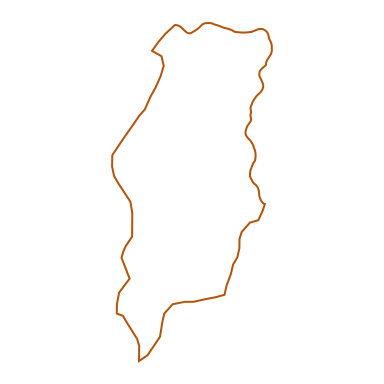 outline of Kyongwon, Hamgyŏng-bukto, North Korea
{"feature_id": "82179303B19451054742324", "entity_name": "Kyongwon", "entity_type": "district", "adm_level": 2, "iso_a3": "PRK", "parent_name": "North Korea", "parent_adm1": "Hamgyŏng-bukto", "projection": "mercator", "projection_center": [130.212, 42.718], "detail": "fine", "context": "isolated", "style": "outline", "palette": "amber", "viewbox_px": 384, "rotation_deg": 0, "n_neighbors": 0, "source": "geoboundaries", "source_scale": "gbopen_adm2", "svg_char_len": 5830}
<svg xmlns="http://www.w3.org/2000/svg" viewBox="0 0 384 384"><path d="M139.0,361.0L147.4,355.4L160.0,336.8L162.2,322.8L164.3,313.5L172.7,304.2L185.1,301.8L193.4,301.8L203.8,299.5L216.2,297.1L224.5,294.8L226.6,285.5L230.9,273.9L233.1,264.5L237.3,257.5L239.4,248.2L239.5,238.9L241.7,231.9L250.0,222.6L258.3,220.2L262.6,210.9L264.9,204.0L264.2,203.8L263.7,203.5L263.2,203.2L262.8,202.9L262.6,202.7L262.0,201.9L261.6,201.5L261.4,201.1L261.2,200.7L260.7,199.7L260.4,199.2L260.2,198.7L260.1,198.2L259.8,197.7L259.7,197.2L259.5,196.7L259.4,196.2L259.3,195.8L259.2,195.1L259.1,193.3L258.9,191.7L258.9,191.1L258.7,190.5L258.6,190.0L258.5,189.6L258.4,189.1L258.1,188.5L258.0,188.1L257.8,187.7L257.5,187.1L257.2,186.7L256.9,186.2L256.6,185.9L256.3,185.5L255.4,184.6L255.0,184.3L254.5,183.9L253.5,183.0L253.2,182.6L252.9,182.1L252.6,181.7L252.0,180.5L251.6,179.8L251.5,179.4L251.2,179.0L250.8,178.2L250.6,177.8L250.3,176.9L250.1,176.6L249.9,176.2L249.9,175.7L250.0,174.4L250.1,173.6L250.1,173.0L250.2,172.4L250.2,171.9L250.3,171.6L250.3,171.2L250.4,170.8L250.5,170.3L250.7,169.9L250.8,169.5L250.8,169.1L251.1,168.6L251.3,168.3L251.4,167.9L251.5,167.4L251.7,167.0L251.9,166.6L252.1,166.1L252.2,165.6L252.4,165.0L252.6,164.7L252.7,164.3L253.1,163.5L253.3,163.2L253.4,162.7L253.7,162.4L253.8,162.2L254.1,161.9L254.4,161.6L254.8,161.0L254.9,160.7L255.1,160.3L255.2,159.7L255.3,159.2L255.3,158.4L255.5,157.7L255.5,157.0L255.6,156.3L255.6,155.7L255.6,154.6L255.5,154.1L255.5,153.0L255.4,152.3L255.2,151.8L255.1,151.1L254.8,150.0L254.5,149.1L254.3,148.7L254.1,148.3L253.9,147.7L253.7,147.0L253.3,146.0L253.1,145.2L252.7,144.5L252.4,143.7L252.0,143.2L250.7,141.0L250.4,140.6L249.7,139.8L249.2,139.4L248.4,138.6L248.1,138.2L247.7,137.8L247.3,137.3L247.0,136.9L246.8,136.5L246.5,136.1L246.2,135.7L246.0,135.2L245.7,134.2L245.6,133.8L245.5,133.3L245.5,132.7L245.5,132.3L245.5,131.7L245.6,131.1L245.8,130.5L246.1,129.3L246.3,128.8L246.4,128.3L246.7,127.7L246.9,127.0L247.2,126.4L247.7,125.5L248.2,124.8L248.4,124.5L248.8,124.0L249.0,123.6L249.3,123.2L249.6,122.8L249.9,122.4L250.2,121.9L250.5,121.5L250.8,121.1L250.9,120.6L251.1,119.6L251.1,119.2L251.0,118.7L250.9,118.1L250.8,117.4L250.7,116.9L250.6,116.1L250.6,115.5L250.6,115.0L250.5,114.2L250.6,113.9L250.8,113.5L250.9,113.0L251.0,112.4L251.1,111.9L251.0,111.4L250.9,110.5L250.8,110.0L250.7,109.5L250.6,108.9L250.5,108.3L250.6,107.9L250.7,107.0L250.8,106.5L250.9,106.2L251.2,105.6L251.5,104.9L251.8,104.2L252.0,103.6L252.3,102.9L252.6,102.2L252.9,101.6L253.5,100.4L253.9,99.8L254.2,99.3L254.7,98.6L255.1,98.1L255.3,97.8L255.6,97.3L255.9,96.9L256.3,96.3L256.6,96.0L257.0,95.6L257.4,95.2L257.8,94.7L258.6,93.9L259.2,93.5L259.7,93.1L260.0,92.7L260.3,92.4L260.6,92.1L261.0,91.7L261.6,90.9L261.8,90.5L262.3,89.6L262.5,89.2L262.8,88.4L262.9,88.0L263.0,87.5L263.1,87.1L263.2,86.4L263.2,85.9L263.2,85.5L263.1,84.6L263.0,84.1L262.8,83.6L262.1,81.7L261.8,81.0L261.5,80.3L261.1,79.6L260.8,78.9L260.5,78.3L260.2,77.6L259.9,77.1L259.6,76.5L259.5,76.1L259.4,75.4L259.3,74.9L259.3,74.2L259.4,73.7L259.5,72.4L259.6,71.8L259.8,71.3L260.0,70.9L260.3,70.5L260.7,69.9L261.5,69.1L262.2,68.3L262.8,67.8L263.3,67.3L265.2,65.8L265.7,65.3L265.9,65.0L266.0,64.2L266.1,63.5L266.2,62.8L266.3,62.2L266.5,61.6L266.7,61.0L267.0,60.2L267.3,59.7L267.7,59.1L268.4,58.1L268.8,57.5L269.2,56.8L269.6,56.2L270.4,55.0L271.0,53.8L271.3,53.2L271.5,52.4L271.7,51.5L271.8,50.9L271.9,49.3L271.8,48.0L271.8,47.3L271.8,46.5L271.7,45.9L271.7,45.2L271.5,44.0L271.3,43.4L270.9,42.4L270.7,41.9L270.5,41.3L270.2,40.8L270.0,40.4L269.7,40.0L269.6,39.6L269.3,39.1L269.2,38.7L269.0,38.4L269.0,37.9L268.8,37.4L268.7,36.5L268.6,36.0L268.5,35.4L268.4,34.9L268.3,34.6L268.1,34.2L267.9,33.8L267.7,33.3L267.5,32.9L267.3,32.6L266.7,31.9L266.4,31.4L266.1,31.1L265.1,30.4L264.7,30.2L263.9,29.7L263.5,29.5L263.2,29.3L262.8,29.2L262.4,29.1L261.7,29.0L261.3,29.0L260.6,28.9L260.2,29.0L259.3,29.0L258.8,29.1L258.1,29.3L257.1,29.7L256.6,29.9L256.1,30.1L255.5,30.3L255.1,30.5L254.7,30.7L253.5,31.1L252.9,31.4L252.2,31.6L251.7,31.8L251.1,32.0L250.5,32.0L249.8,32.1L249.2,32.2L248.0,32.3L246.9,32.4L246.2,32.4L245.6,32.5L244.6,32.5L244.0,32.5L243.2,32.5L242.1,32.5L241.6,32.5L240.4,32.4L239.9,32.4L238.6,32.3L238.1,32.2L237.5,32.2L236.9,32.1L235.8,32.0L235.3,31.9L234.9,31.8L234.4,31.6L234.1,31.5L233.6,31.3L233.0,30.8L232.6,30.6L232.2,30.3L231.8,30.1L231.0,29.8L230.0,29.5L229.7,29.3L229.2,29.2L228.2,28.8L227.6,28.7L227.0,28.5L226.7,28.5L226.3,28.4L225.2,28.1L224.7,27.9L224.1,27.8L223.1,27.5L221.6,26.9L220.6,26.5L220.1,26.3L219.4,26.0L218.9,25.8L218.3,25.6L217.7,25.4L216.9,25.1L216.4,25.0L216.1,24.9L215.6,24.7L215.2,24.7L214.3,24.4L213.4,24.1L212.8,23.7L212.4,23.5L211.9,23.4L211.4,23.3L211.0,23.2L210.5,23.1L209.5,23.1L208.8,23.0L207.1,23.1L206.6,23.2L206.1,23.2L205.6,23.2L205.2,23.3L204.8,23.4L204.4,23.4L204.0,23.6L203.6,23.7L203.2,23.9L203.0,24.1L202.5,24.4L202.1,24.8L201.7,25.1L201.3,25.5L200.8,26.0L200.3,26.4L199.9,26.9L199.3,27.4L198.9,27.8L198.4,28.3L197.9,28.6L197.4,29.0L197.0,29.3L196.1,29.9L195.6,30.2L195.2,30.5L194.7,30.8L193.9,31.4L193.1,31.7L192.8,32.0L192.3,32.3L191.8,32.6L191.4,32.8L191.0,33.0L190.6,33.2L189.9,33.3L189.5,33.3L189.1,33.3L188.7,33.2L188.2,33.1L187.9,33.0L187.5,32.8L187.1,32.6L186.6,32.3L186.2,32.0L185.7,31.6L185.2,31.2L184.8,30.8L183.9,30.0L183.5,29.6L183.1,29.1L182.7,28.8L182.3,28.5L181.2,27.3L180.8,26.9L180.4,26.5L180.0,26.4L179.5,26.1L179.0,25.8L178.4,25.7L177.9,25.5L176.9,25.2L175.7,25.0L174.9,25.0L165.4,33.8L158.5,41.9L152.0,50.9L161.5,56.2L163.7,65.7L160.7,76.0L155.5,87.7L150.3,97.1L144.7,109.7L139.5,115.4L133.2,124.7L124.9,136.4L112.3,155.1L112.1,166.7L114.1,176.1L118.2,183.1L130.4,201.7L132.3,213.4L132.1,236.7L125.8,246.0L123.6,250.7L121.5,257.7L129.6,278.6L119.1,292.6L116.9,304.2L116.8,313.5L123.0,315.9L127.0,322.8L137.2,339.1L139.2,346.1L139.0,361.0Z" fill="none" stroke="#b45309" stroke-width="2"/></svg>